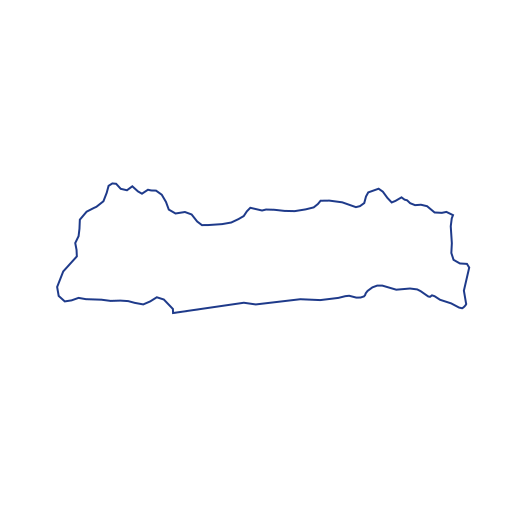 the border of Hualien, rotated 72°
{"feature_id": "TWN-1172", "entity_name": "Hualien", "entity_type": "County", "adm_level": 1, "iso_a3": "TWN", "parent_name": "Taiwan", "parent_adm1": "", "projection": "mercator", "projection_center": [121.379, 23.74], "detail": "fine", "context": "isolated", "style": "outline", "palette": "blue", "viewbox_px": 512, "rotation_deg": 72, "n_neighbors": 0, "source": "natural_earth", "source_scale": "10m", "svg_char_len": 1694}
<svg xmlns="http://www.w3.org/2000/svg" viewBox="0 0 512 512"><g transform="rotate(72 256 256)"><path d="M366.6,70.9L367.4,71.7L368.4,73.3L369.1,74.9L369.4,76.1L367.8,78.8L361.4,85.0L354.5,94.5L349.4,98.6L347.8,100.8L348.6,103.1L347.7,104.7L340.3,110.3L337.6,113.0L334.5,119.6L331.4,133.0L323.2,145.0L321.6,149.8L321.8,155.0L323.7,160.7L325.4,163.2L326.9,164.3L327.8,165.8L327.8,169.4L326.6,173.4L322.6,179.7L321.8,183.5L321.3,190.6L317.8,208.5L310.8,227.2L302.0,271.2L296.7,282.0L284.6,352.5L280.7,351.4L268.9,357.1L264.6,363.1L266.5,370.7L267.2,378.2L263.1,385.8L259.4,391.5L256.5,398.8L253.8,408.1L249.8,416.5L244.5,431.1L241.0,437.7L241.2,445.1L240.1,451.9L233.0,456.0L224.0,454.7L211.1,444.1L201.0,426.5L194.8,424.8L187.8,423.9L182.3,418.6L175.6,415.5L167.0,412.3L161.5,403.4L160.2,395.3L159.9,392.6L156.8,384.2L149.8,378.5L143.7,374.5L142.6,370.2L144.1,366.7L150.3,363.9L153.6,358.4L151.5,352.1L158.1,348.3L161.5,345.2L159.6,338.3L161.3,335.4L162.9,330.9L168.6,326.7L176.8,324.9L184.9,324.6L190.7,319.4L192.2,310.0L196.6,304.4L205.0,301.3L209.9,297.9L211.7,292.3L215.2,278.4L216.5,269.2L215.5,261.3L214.2,255.3L210.7,250.9L208.4,246.5L214.6,236.2L214.9,232.1L217.7,224.3L221.9,215.0L225.3,205.3L227.0,194.4L227.6,186.1L225.7,181.1L223.4,177.5L226.0,169.1L231.6,157.4L240.4,145.9L240.7,141.7L239.1,136.7L233.4,133.0L230.2,129.6L229.9,118.6L234.0,115.5L241.3,113.1L247.0,110.4L246.7,106.4L245.2,99.5L248.3,97.3L249.7,95.1L253.4,93.1L256.8,89.0L258.2,83.3L261.5,77.9L269.8,72.7L272.4,65.9L272.9,61.3L278.0,56.0L280.7,58.2L287.9,61.6L304.4,65.8L313.5,69.3L320.7,69.3L326.1,64.4L328.7,57.8L332.9,56.8L353.2,69.0L365.5,70.8L366.6,70.9Z" fill="none" stroke="#1e3a8a" stroke-width="2"/></g></svg>